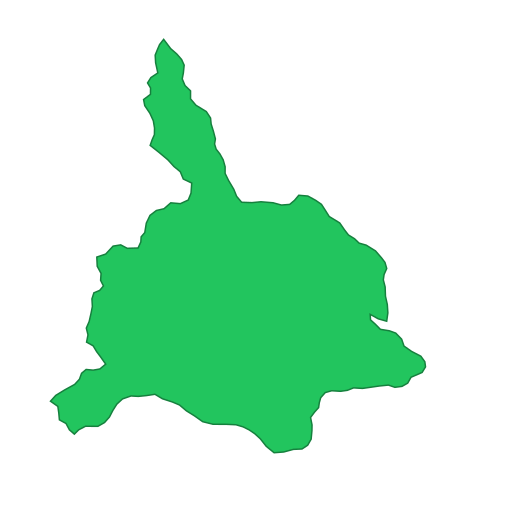 São José do Goiabal, Minas Gerais, Brazil (Equal Earth projection), rotated 278°
{"feature_id": "56859067B58749623581662", "entity_name": "São José do Goiabal", "entity_type": "district", "adm_level": 2, "iso_a3": "BRA", "parent_name": "Brazil", "parent_adm1": "Minas Gerais", "projection": "equal_earth", "projection_center": [-42.684, -19.938], "detail": "fine", "context": "isolated", "style": "filled", "palette": "green", "viewbox_px": 512, "rotation_deg": 278, "n_neighbors": 0, "source": "geoboundaries", "source_scale": "gbopen_adm2", "svg_char_len": 2445}
<svg xmlns="http://www.w3.org/2000/svg" viewBox="0 0 512 512"><g transform="rotate(278 256 256)"><path d="M54.3,100.9L59.2,104.6L63.7,110.9L65.3,123.1L70.0,129.2L76.2,133.3L83.3,135.8L89.9,138.8L95.9,143.7L100.0,151.7L100.6,159.0L102.5,166.8L105.0,175.2L101.6,183.2L99.8,193.5L97.8,201.0L93.0,208.6L89.1,217.4L84.5,226.3L83.4,236.9L85.2,250.1L86.1,259.7L85.0,267.0L82.9,273.3L79.8,279.6L75.6,285.7L68.9,292.7L63.7,301.3L65.8,310.8L69.7,319.9L71.3,328.4L75.8,333.5L82.3,336.1L90.8,335.7L96.5,335.0L103.7,332.5L109.7,335.8L114.6,339.1L119.6,339.1L124.7,339.8L130.4,343.6L133.1,349.7L133.8,358.6L135.7,365.2L139.0,371.0L139.7,379.9L141.6,386.5L144.4,396.1L146.6,405.1L145.3,411.8L147.2,418.7L151.2,423.9L157.5,426.4L163.8,436.7L169.8,439.3L174.8,437.9L179.7,433.2L183.2,423.3L187.4,415.1L193.9,411.8L199.1,405.1L200.5,398.5L200.7,389.4L205.2,383.5L208.7,378.3L214.1,377.2L210.8,385.8L209.6,394.5L218.0,394.5L226.2,392.8L234.2,389.8L243.3,388.2L250.1,385.4L255.5,385.4L261.8,387.2L267.6,384.6L271.6,380.6L277.7,373.6L282.1,363.6L283.1,356.3L286.8,351.2L289.7,344.6L294.1,340.1L300.4,334.3L305.3,323.0L311.1,318.1L316.3,313.6L319.5,307.2L322.6,299.0L322.1,289.9L316.5,286.4L311.8,282.2L310.0,274.1L311.1,265.5L310.4,253.4L308.3,244.6L307.2,234.3L312.4,228.5L319.0,224.7L327.0,218.3L333.5,213.9L340.1,213.0L346.7,210.1L352.1,206.0L356.2,201.7L361.1,199.4L366.3,199.5L373.5,196.5L380.5,193.2L386.3,191.8L392.1,186.7L396.9,175.6L402.5,169.3L410.4,168.2L414.9,162.0L421.1,158.3L427.1,158.6L435.0,158.3L440.2,155.0L444.9,149.6L449.5,142.6L457.7,134.4L452.0,131.1L446.9,129.7L440.9,128.2L433.4,129.7L423.6,133.3L418.1,127.1L412.3,124.5L407.7,128.2L401.4,129.0L395.3,122.9L389.4,124.9L382.5,131.1L375.6,135.5L368.6,137.7L362.0,138.5L356.8,137.0L350.8,135.8L345.2,145.4L339.0,155.3L333.2,162.3L328.9,169.3L322.1,173.3L319.3,182.2L309.2,182.9L302.0,181.1L297.3,173.8L296.8,164.2L290.0,158.3L287.2,151.0L281.5,145.4L273.3,142.8L263.7,142.6L259.0,139.6L253.9,140.0L247.5,138.1L245.7,127.4L248.2,120.5L245.9,113.1L237.0,106.9L232.8,98.5L223.7,100.2L217.2,105.0L210.3,105.5L205.1,109.1L200.2,106.0L197.0,100.6L190.7,99.5L183.2,101.0L176.2,100.6L167.9,99.9L161.0,98.0L154.5,100.6L147.1,100.2L144.4,107.2L139.0,111.6L134.5,116.1L128.0,122.2L122.4,117.1L120.3,110.6L120.0,103.6L115.6,99.6L109.4,98.3L103.6,94.3L96.7,85.1L90.1,77.1L83.6,72.7L79.5,80.7L72.9,82.6L66.4,84.1L63.7,91.2L57.9,95.4L54.3,100.9Z" fill="#22c55e" stroke="#15803d" stroke-width="1.5"/></g></svg>